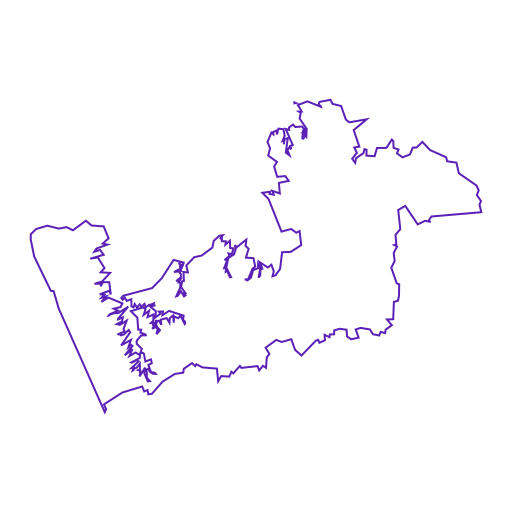 Franklin Local Board Area, Auckland, New Zealand (orthographic projection)
{"feature_id": "76426892B8837637515397", "entity_name": "Franklin Local Board Area", "entity_type": "district", "adm_level": 2, "iso_a3": "NZL", "parent_name": "New Zealand", "parent_adm1": "Auckland", "projection": "orthographic", "projection_center": [174.832, -37.083], "detail": "fine", "context": "isolated", "style": "outline", "palette": "violet", "viewbox_px": 512, "rotation_deg": 0, "n_neighbors": 0, "source": "geoboundaries", "source_scale": "gbopen_adm2", "svg_char_len": 6110}
<svg xmlns="http://www.w3.org/2000/svg" viewBox="0 0 512 512"><path d="M481.3,212.2L479.5,204.7L481.0,201.0L476.9,195.1L478.7,190.3L476.6,185.6L458.9,173.3L456.4,162.6L447.2,161.3L446.1,157.2L430.1,150.1L422.4,141.9L416.6,147.5L412.8,147.6L409.9,154.5L402.5,157.3L397.0,153.4L398.5,149.5L393.6,147.9L393.3,141.1L391.8,139.6L386.4,147.9L377.0,148.0L374.6,156.2L366.4,155.6L366.6,149.8L364.5,149.1L363.4,153.2L356.0,158.2L355.2,162.8L352.2,158.8L356.9,152.8L354.3,147.5L359.3,146.6L353.7,130.1L366.7,119.3L349.3,122.3L345.9,119.6L341.1,106.0L332.6,103.9L330.5,99.8L319.5,101.9L318.5,104.8L320.6,105.8L321.0,106.8L307.4,101.4L297.9,105.0L301.7,111.5L298.9,111.6L300.8,112.8L299.6,118.4L306.7,129.0L306.3,136.9L304.7,135.4L303.5,138.6L302.3,138.3L303.2,130.3L304.1,129.2L302.1,126.5L295.3,127.0L293.1,124.6L289.0,127.5L289.2,129.9L285.7,129.0L292.8,145.2L290.4,145.8L291.2,149.3L289.4,147.2L286.7,151.3L288.0,151.5L289.5,155.4L285.8,152.6L287.8,138.1L284.7,139.1L283.8,144.3L284.1,140.2L282.6,140.9L284.7,135.7L283.4,129.2L278.5,128.6L276.9,134.5L276.7,130.5L273.2,132.0L273.2,133.6L273.4,134.0L273.5,134.2L273.5,134.4L271.4,132.6L267.5,142.1L270.1,148.2L268.2,155.6L277.0,161.9L274.1,166.5L277.2,176.8L285.3,176.1L288.7,180.9L278.9,182.9L279.8,193.5L272.3,190.8L273.8,194.7L269.5,193.9L270.1,191.7L262.4,192.8L268.6,199.1L281.5,231.6L291.2,229.0L296.3,232.7L299.6,231.1L301.2,245.1L290.7,251.9L282.1,252.2L280.1,268.9L275.5,275.3L272.5,276.3L273.8,271.3L271.4,264.7L267.8,267.5L259.5,262.0L262.4,268.7L260.4,269.5L260.2,275.6L258.5,277.7L260.3,268.3L258.1,264.1L258.0,268.3L253.1,270.1L251.0,277.6L247.5,280.4L244.8,279.3L248.0,279.5L252.4,268.9L255.2,266.6L253.5,258.2L246.0,257.6L248.6,248.7L245.6,246.0L246.3,239.6L236.9,247.1L234.6,245.2L236.0,248.1L234.0,254.4L228.3,258.0L226.3,267.4L231.0,277.1L229.9,277.2L227.2,270.8L225.7,271.8L225.9,267.4L224.2,268.0L227.7,258.8L224.5,260.1L229.4,255.8L228.5,253.4L231.7,254.3L233.5,248.4L230.2,248.0L229.9,240.7L225.4,244.7L225.9,241.3L221.8,241.2L221.9,237.4L219.8,239.0L222.9,235.2L219.4,235.7L213.7,240.9L212.4,247.6L201.6,255.6L194.2,257.2L186.3,265.5L187.9,272.4L183.5,272.0L183.9,281.0L182.1,281.3L181.1,287.1L185.5,293.2L183.5,293.3L185.5,295.3L184.0,296.4L180.9,291.2L177.7,295.8L176.3,296.3L180.1,287.9L180.5,282.8L178.5,282.5L180.4,279.5L176.2,281.1L180.8,277.3L180.9,274.2L178.9,271.5L174.0,272.0L180.0,268.9L181.5,271.9L179.8,266.0L181.0,268.5L181.7,268.0L179.3,263.8L179.4,263.2L182.1,266.2L183.0,263.4L182.6,266.4L183.7,262.6L173.6,259.9L161.7,278.3L152.1,288.1L123.1,295.8L121.3,298.0L122.7,299.8L124.7,297.5L126.8,300.9L131.3,299.2L131.5,306.4L133.6,307.4L134.7,304.0L137.1,307.7L139.7,304.3L141.4,306.7L144.5,303.9L145.6,307.4L149.3,304.7L151.4,304.6L151.9,304.1L152.4,304.3L153.6,303.3L153.9,303.2L153.1,305.5L155.5,305.4L150.2,306.4L155.9,311.3L155.3,317.5L160.4,313.7L158.9,311.6L163.0,311.5L162.4,315.2L169.1,310.9L183.6,315.6L183.1,319.9L185.0,321.6L185.2,323.2L184.7,324.0L180.4,315.6L178.3,318.2L174.2,316.5L173.7,322.7L173.3,315.3L169.7,318.3L169.5,322.8L166.6,318.1L160.7,319.7L161.4,324.9L159.2,320.9L155.9,320.8L156.6,326.4L160.0,330.2L156.5,334.2L157.7,329.2L155.5,327.0L152.2,328.8L155.7,324.0L152.3,325.5L154.9,322.6L151.0,323.0L153.3,320.6L153.4,314.5L147.5,317.1L149.1,310.7L143.7,314.9L145.5,309.2L143.1,307.4L130.9,311.2L137.4,317.7L138.2,329.7L141.2,329.7L140.4,332.6L144.7,334.1L145.6,334.7L145.8,335.3L141.2,335.4L136.7,340.8L136.7,343.8L141.9,348.8L140.1,353.4L142.7,352.8L143.9,353.7L145.4,361.5L151.0,359.4L151.8,363.1L148.4,365.0L150.5,371.0L152.2,372.6L153.4,372.4L155.1,373.0L155.8,373.9L152.6,373.7L149.6,371.5L148.5,368.6L146.6,369.5L146.9,377.7L149.9,381.1L147.8,381.4L144.3,373.2L145.1,367.6L139.6,376.4L140.4,371.0L138.2,370.1L139.9,369.5L139.8,363.7L136.6,367.7L133.8,368.9L133.6,370.2L132.6,370.7L133.7,367.8L131.5,368.1L138.6,361.3L136.2,360.0L133.8,361.9L132.8,361.9L132.0,362.5L131.4,362.6L131.2,362.5L139.8,358.0L140.0,355.1L135.5,352.5L129.4,356.1L132.4,349.2L124.8,355.3L132.5,346.0L130.5,344.4L129.4,346.4L128.7,347.3L128.3,347.6L130.9,339.9L121.1,345.4L130.2,332.3L128.7,330.0L123.9,334.5L120.9,335.2L120.9,334.1L118.6,334.5L118.3,334.2L124.7,331.3L123.5,329.0L126.7,320.6L120.2,324.7L119.5,324.8L116.8,324.1L121.9,321.6L122.9,317.3L118.0,319.5L117.9,318.9L128.2,306.7L118.3,313.1L113.4,313.2L111.8,314.1L109.8,314.4L109.7,314.6L109.5,314.8L109.5,315.1L109.4,315.4L109.2,315.5L108.7,315.6L109.8,314.2L118.0,310.7L113.8,308.7L120.5,307.1L122.4,303.4L108.4,297.6L101.4,301.9L106.3,296.3L101.6,297.7L104.4,294.7L99.8,294.3L109.0,290.8L110.8,294.4L109.2,282.2L103.1,282.2L100.5,286.3L101.3,283.6L94.5,283.8L102.1,281.5L110.1,272.9L100.7,272.3L104.5,268.1L97.8,257.4L90.2,258.7L103.7,254.8L100.0,249.9L94.3,251.7L96.6,248.5L107.5,244.6L102.7,243.6L108.6,238.3L103.7,226.4L91.5,225.5L85.9,220.7L72.9,230.3L66.5,227.1L58.9,228.6L47.3,225.7L36.2,229.0L30.8,234.2L30.7,239.4L34.2,256.5L50.8,290.8L53.6,291.1L58.8,308.7L104.8,412.2L106.1,409.1L103.9,404.4L122.4,392.5L142.2,386.5L144.2,391.5L147.5,390.1L148.3,394.3L151.9,393.8L162.6,381.6L174.9,373.9L183.2,372.7L183.8,368.8L192.0,363.1L195.2,366.1L196.4,364.2L202.3,367.4L216.9,368.6L218.2,381.3L221.2,376.1L229.3,376.6L231.4,371.7L233.3,373.4L239.9,365.9L241.4,367.9L257.5,366.1L259.2,370.4L263.0,365.8L266.0,367.8L266.8,357.3L269.4,354.0L265.6,347.7L276.3,339.9L281.6,342.0L291.3,339.2L295.1,349.9L301.5,355.5L315.7,340.8L318.2,339.8L319.4,342.8L324.9,340.3L324.6,334.8L329.5,337.2L329.8,334.5L334.1,334.3L334.3,330.3L339.7,328.8L346.6,329.7L347.0,336.4L351.2,339.3L358.6,337.6L355.7,329.5L360.6,327.9L369.9,329.4L372.9,334.2L379.2,335.5L380.7,331.9L385.1,333.1L385.7,329.6L391.8,325.2L387.0,319.5L393.2,319.2L393.9,301.9L398.0,300.7L399.0,295.6L399.2,284.3L396.7,283.3L391.3,267.7L394.7,261.0L393.7,253.0L397.1,246.4L394.2,245.0L396.3,244.2L395.5,234.9L400.3,229.1L398.2,210.0L405.3,205.9L417.7,224.4L425.1,220.8L430.8,221.9L428.4,220.9L431.4,216.5L481.3,212.2ZM305.5,133.8L303.2,133.6L305.8,135.7L305.5,133.8ZM305.8,131.8L305.1,129.2L304.1,132.3L305.8,131.8ZM295.9,103.0L294.4,102.4L294.4,103.3L295.9,103.0Z" fill="none" stroke="#5b21b6" stroke-width="2"/></svg>